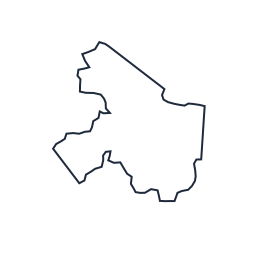 outline of Riachuelo, Sergipe, Brazil, rotated 230°
{"feature_id": "56859067B56389210509313", "entity_name": "Riachuelo", "entity_type": "district", "adm_level": 2, "iso_a3": "BRA", "parent_name": "Brazil", "parent_adm1": "Sergipe", "projection": "albers", "projection_center": [-37.223, -10.727], "detail": "fine", "context": "isolated", "style": "outline", "palette": "slate", "viewbox_px": 256, "rotation_deg": 230, "n_neighbors": 0, "source": "geoboundaries", "source_scale": "gbopen_adm2", "svg_char_len": 1131}
<svg xmlns="http://www.w3.org/2000/svg" viewBox="0 0 256 256"><g transform="rotate(230 128 128)"><path d="M95.5,200.8L100.0,197.4L104.8,193.1L107.9,190.0L108.8,185.7L112.7,182.3L116.9,178.9L122.1,175.3L126.9,173.5L131.3,175.2L134.4,180.9L202.4,165.9L207.1,164.6L212.2,161.2L209.6,153.5L211.8,146.2L214.0,140.5L207.2,138.3L199.4,137.4L201.6,132.7L204.5,127.5L200.5,122.9L195.9,122.9L191.2,118.4L186.8,114.6L182.2,118.2L176.9,124.2L171.1,128.6L165.9,128.5L161.8,127.2L157.2,123.6L151.2,123.8L155.0,118.7L158.8,117.0L154.7,111.9L155.6,105.8L151.7,100.9L149.9,96.8L152.8,92.6L155.0,86.9L159.4,82.7L163.2,77.2L160.3,72.5L160.9,67.9L161.9,62.7L160.3,57.3L117.0,55.2L115.8,60.9L119.3,65.8L118.3,71.9L117.9,76.6L115.2,82.9L119.4,88.5L122.9,91.2L124.0,95.7L121.4,99.6L118.5,96.2L115.9,92.1L110.4,94.8L106.6,100.0L100.0,98.9L93.5,97.9L88.3,99.5L83.3,94.3L78.7,93.6L74.0,92.6L70.6,95.5L67.5,99.3L66.3,106.4L61.2,110.6L56.8,108.4L51.6,105.6L48.5,109.0L42.1,116.7L46.5,124.2L45.2,128.6L42.0,134.4L42.5,139.8L44.4,145.2L47.5,148.8L52.3,152.2L58.2,155.6L59.9,160.1L56.9,163.9L95.5,200.8Z" fill="none" stroke="#1e293b" stroke-width="2"/></g></svg>